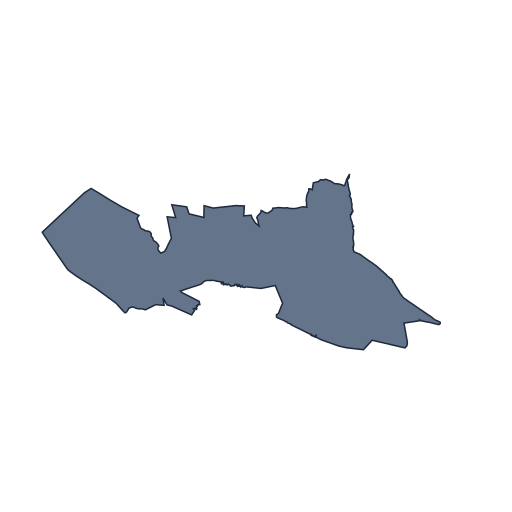 the district of Sabanilla, Chiapas, Mexico, rotated 124°
{"feature_id": "50627088B78284719360183", "entity_name": "Sabanilla", "entity_type": "district", "adm_level": 2, "iso_a3": "MEX", "parent_name": "Mexico", "parent_adm1": "Chiapas", "projection": "equal_earth", "projection_center": [-92.63, 17.325], "detail": "fine", "context": "isolated", "style": "filled", "palette": "slate", "viewbox_px": 512, "rotation_deg": 124, "n_neighbors": 0, "source": "geoboundaries", "source_scale": "gbopen_adm2", "svg_char_len": 6080}
<svg xmlns="http://www.w3.org/2000/svg" viewBox="0 0 512 512"><g transform="rotate(124 256 256)"><path d="M292.2,430.5L299.5,433.6L345.0,444.1L355.8,446.5L357.9,441.9L358.0,441.4L359.0,439.0L359.7,437.2L359.9,436.9L362.8,429.5L365.1,423.5L366.4,420.4L367.5,417.5L367.9,416.2L368.1,415.8L369.3,412.9L371.7,406.8L372.7,404.0L372.8,401.8L372.9,401.2L372.9,399.8L373.1,393.3L373.0,389.8L373.0,387.7L372.5,378.2L372.5,375.5L372.4,375.0L372.5,374.2L372.4,371.6L372.9,357.2L373.0,356.5L373.1,355.1L373.0,354.0L373.1,353.2L373.1,351.9L373.2,350.8L373.2,350.5L373.4,346.9L373.4,345.4L375.7,336.5L376.4,333.0L375.6,332.2L374.7,332.0L371.8,332.0L370.6,332.2L370.3,332.1L367.3,330.0L367.1,328.8L366.8,328.4L366.6,327.8L366.5,326.5L366.2,325.5L365.4,323.9L365.2,323.1L364.6,322.4L363.9,321.6L363.5,320.8L362.9,319.4L362.9,318.7L362.6,317.9L362.3,317.5L352.4,311.9L348.3,304.6L342.9,309.5L346.3,302.5L344.6,297.6L340.8,276.4L335.5,276.5L334.8,278.4L333.4,277.3L333.8,275.8L333.7,275.6L333.3,275.5L332.7,275.6L332.5,276.3L332.3,276.5L332.0,276.5L330.6,277.2L330.5,276.5L329.6,276.6L329.4,276.9L329.0,277.1L328.4,276.4L327.7,275.4L325.4,277.8L327.1,291.9L327.8,297.3L327.4,297.9L327.3,299.1L317.0,291.2L315.1,289.6L310.7,286.3L309.7,285.7L308.9,285.4L308.0,285.3L305.4,284.5L303.9,283.2L300.8,278.8L300.1,277.9L299.3,276.0L299.0,274.6L298.1,273.0L297.1,270.5L296.0,268.7L296.8,268.0L296.8,267.9L296.9,268.0L297.2,268.7L297.3,268.6L297.5,269.0L297.1,269.7L297.7,269.9L298.2,269.2L298.3,269.1L298.0,268.5L297.9,268.5L297.5,267.3L298.0,266.8L296.8,265.8L296.5,265.6L296.1,265.4L295.9,265.1L296.4,264.6L295.8,263.9L296.0,263.7L295.8,263.4L295.3,263.6L294.9,263.3L294.8,263.1L294.7,262.6L294.9,261.5L294.9,261.2L295.1,259.9L294.3,259.2L292.6,257.3L292.1,257.2L292.0,257.3L291.9,257.2L291.6,257.6L290.8,256.8L290.4,256.1L290.8,255.7L291.0,255.6L291.3,255.0L291.2,254.9L291.5,254.3L291.0,254.0L290.8,253.8L290.6,253.4L289.9,254.1L290.2,252.2L289.4,252.9L289.6,251.0L288.8,250.8L289.4,250.4L289.3,249.9L288.6,248.0L287.1,246.9L280.1,233.7L269.7,223.5L280.4,207.4L282.8,207.1L291.2,205.2L293.3,206.2L294.4,205.3L295.0,205.1L295.3,204.0L293.8,196.5L293.9,194.8L293.6,194.3L293.4,193.2L293.8,192.2L293.5,191.7L293.2,189.4L292.9,189.1L293.1,188.6L293.4,188.2L290.6,168.0L290.5,167.8L290.3,167.0L289.9,166.1L290.4,166.0L290.5,165.4L290.8,165.7L290.8,164.5L290.0,163.7L290.3,163.1L290.4,162.8L290.2,161.8L289.2,162.0L288.2,161.8L289.7,160.6L289.0,155.1L284.4,137.1L281.4,129.5L273.6,114.5L260.9,112.6L248.9,81.1L246.0,80.7L242.9,82.2L228.9,95.8L217.6,83.5L217.4,84.0L217.3,83.3L217.2,83.2L217.3,82.9L217.2,82.4L216.6,81.2L216.0,79.6L215.5,78.2L214.2,75.5L213.7,74.2L213.1,72.7L212.6,71.1L212.0,69.4L211.5,68.5L211.1,67.1L210.5,65.9L209.5,65.5L208.6,65.7L208.0,66.1L208.0,66.7L208.0,67.1L208.1,67.4L208.2,67.7L208.1,68.0L208.1,68.4L208.2,69.1L208.5,69.6L208.6,70.8L208.8,71.5L208.8,73.9L208.5,75.4L208.4,77.9L208.5,81.0L208.4,88.4L208.5,90.1L208.4,91.8L208.4,95.1L208.3,97.6L208.4,102.4L208.2,108.1L208.3,110.4L207.4,112.8L206.8,114.2L206.6,115.3L206.1,116.5L205.7,116.8L205.3,117.6L205.0,118.3L203.9,121.0L203.3,121.9L203.2,122.7L202.7,123.6L201.6,125.9L201.2,127.2L201.1,127.9L200.8,128.4L200.5,128.3L199.7,129.7L199.7,130.2L199.3,131.1L199.8,132.3L199.2,133.4L199.3,134.5L199.4,135.1L198.9,136.6L198.9,137.0L198.6,138.0L198.5,138.9L198.3,140.3L198.0,142.0L197.7,145.0L197.4,146.1L197.6,146.3L197.2,148.4L197.0,150.3L196.9,151.2L196.9,153.6L196.7,155.8L196.8,156.7L196.8,159.4L196.8,161.3L196.6,165.5L196.7,166.2L196.4,169.3L196.6,171.7L196.9,172.8L197.0,173.7L197.5,176.1L197.8,176.8L196.6,178.5L196.6,179.0L195.4,179.6L194.7,180.3L194.2,180.2L193.9,181.0L192.9,180.8L191.7,181.4L189.2,183.6L188.8,183.8L188.2,184.7L187.5,185.3L185.6,186.5L184.4,186.9L183.3,187.4L182.8,187.7L182.5,188.0L180.7,189.1L180.0,189.4L179.4,190.6L179.0,191.1L178.4,191.6L177.8,192.3L177.0,191.6L176.6,192.5L175.8,193.7L173.9,195.8L173.2,196.9L172.6,197.5L172.1,198.4L170.7,199.6L168.7,200.9L168.2,200.1L166.8,200.9L166.7,200.6L166.0,201.0L165.7,200.5L164.6,200.7L163.9,201.5L163.6,202.2L161.5,204.2L160.1,204.9L159.4,205.4L157.3,207.7L156.1,208.7L155.6,208.8L155.2,209.6L154.5,210.8L153.9,211.5L153.9,212.2L151.9,212.4L149.2,215.6L146.9,218.1L146.0,219.0L144.9,219.8L144.2,220.6L142.1,222.8L141.0,223.0L140.5,222.6L138.8,222.8L137.8,223.2L137.2,223.7L135.6,224.2L139.1,224.0L140.3,223.7L140.8,223.8L141.9,223.7L142.4,223.6L143.0,223.2L145.5,222.7L147.9,221.9L148.5,222.3L148.7,222.9L148.6,223.4L149.3,225.4L149.3,225.9L149.8,227.1L150.6,228.9L152.1,231.3L152.1,235.1L152.5,237.4L152.9,238.7L153.2,240.5L154.0,241.8L154.7,242.0L155.4,242.8L155.5,243.4L156.4,244.3L156.6,245.1L157.0,245.3L159.7,246.0L160.9,247.4L162.4,248.6L163.3,249.4L169.8,246.4L169.7,247.4L169.9,248.1L170.5,249.5L170.8,249.8L171.5,249.4L171.8,249.1L173.3,248.5L174.1,248.3L174.6,248.4L175.1,248.1L175.6,248.2L177.7,247.6L178.9,247.0L180.1,246.4L182.2,245.3L182.8,244.6L183.4,243.8L184.6,243.2L185.1,242.7L186.1,242.3L187.1,241.2L188.0,242.8L188.7,244.3L189.9,245.6L193.7,249.0L194.9,250.3L196.5,252.7L197.5,254.5L198.0,255.5L198.4,256.9L200.8,260.0L201.3,261.1L203.2,264.4L206.1,267.7L206.7,268.7L209.3,268.3L213.7,270.1L214.8,271.8L215.0,273.8L215.1,276.0L215.2,276.6L215.4,277.2L216.8,276.4L219.8,276.6L220.8,276.9L222.4,277.0L223.9,276.7L225.3,274.5L226.7,273.1L228.4,271.6L229.3,270.4L229.1,274.6L226.8,280.3L224.9,282.8L229.6,288.6L221.0,293.7L224.6,299.4L225.2,300.6L240.2,318.3L243.3,327.2L253.2,320.8L258.5,335.1L254.0,340.9L260.6,354.5L269.1,344.1L273.2,351.6L288.6,336.1L296.4,335.1L299.6,334.5L303.6,334.4L306.9,336.7L305.9,340.0L305.1,341.3L303.9,342.0L302.1,342.1L301.5,343.0L300.9,344.8L300.4,346.6L300.4,347.3L300.5,349.2L300.2,350.1L299.8,350.7L299.4,351.0L299.0,351.4L298.7,352.0L298.5,352.8L298.1,353.9L297.6,354.4L296.2,355.3L295.7,356.1L295.4,357.1L295.4,358.3L295.8,359.6L296.5,360.9L297.0,362.0L297.1,362.6L296.9,363.3L296.8,363.8L296.9,364.2L297.2,364.6L297.3,365.1L297.3,367.1L296.7,368.2L295.3,370.1L291.2,375.8L287.8,375.7L290.3,394.6L291.2,408.0L291.6,420.0L292.2,430.5Z" fill="#64748b" stroke="#1e293b" stroke-width="1.5"/></g></svg>